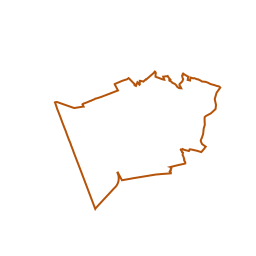 Paulesti, Prahova, Romania (Robinson projection), rotated 34°
{"feature_id": "2599482B85410433594124", "entity_name": "Paulesti", "entity_type": "district", "adm_level": 2, "iso_a3": "ROU", "parent_name": "Romania", "parent_adm1": "Prahova", "projection": "robinson", "projection_center": [25.961, 44.996], "detail": "fine", "context": "isolated", "style": "outline", "palette": "amber", "viewbox_px": 256, "rotation_deg": 34, "n_neighbors": 0, "source": "geoboundaries", "source_scale": "gbopen_adm2", "svg_char_len": 5062}
<svg xmlns="http://www.w3.org/2000/svg" viewBox="0 0 256 256"><g transform="rotate(34 128 128)"><path d="M146.1,213.4L146.1,213.1L146.0,212.9L147.9,200.4L149.4,191.0L150.0,186.9L150.6,183.8L150.7,182.7L150.7,181.9L150.6,180.4L150.5,179.8L150.4,179.4L150.1,178.4L150.0,177.8L149.6,177.0L149.4,176.6L149.0,175.8L148.3,174.7L147.7,173.9L147.4,173.5L146.8,172.9L146.2,172.3L145.4,171.8L144.9,171.4L144.3,171.0L144.5,170.6L145.0,170.9L152.2,174.7L155.9,171.1L157.5,169.6L159.9,167.2L175.1,152.9L175.5,152.5L177.8,150.4L179.5,149.1L180.8,148.0L188.8,141.7L188.7,141.5L188.7,141.3L188.6,141.2L188.3,141.1L188.2,140.8L188.1,140.7L187.9,140.7L187.7,140.6L187.5,140.8L187.4,140.8L187.2,140.8L187.0,140.7L186.9,140.7L186.9,140.4L187.0,140.4L187.1,140.2L186.9,140.0L186.9,139.9L187.0,139.8L187.0,139.6L186.9,139.5L186.8,139.4L186.9,139.2L187.0,139.1L186.9,139.0L186.8,138.9L186.8,138.7L186.7,138.3L186.7,137.9L186.5,137.7L186.4,137.6L186.2,137.5L186.0,137.4L186.0,137.1L186.3,136.7L186.2,136.5L186.0,136.4L185.9,136.4L185.7,136.4L185.0,136.6L187.8,133.5L189.7,131.4L191.4,129.6L193.6,127.3L195.3,125.4L195.1,125.0L194.9,124.7L194.6,124.5L194.4,124.2L193.5,123.9L193.3,123.7L193.0,123.5L192.8,123.5L192.7,123.2L192.2,122.9L192.2,122.7L191.9,122.5L191.7,122.0L191.4,121.8L191.1,121.6L190.8,121.5L190.4,121.1L190.0,120.8L189.2,120.3L188.5,120.0L188.3,119.7L188.1,119.3L187.7,118.4L187.4,118.1L187.3,117.7L187.2,117.7L186.3,117.8L186.1,117.7L185.9,117.5L185.8,117.3L185.6,117.2L185.3,117.1L184.9,116.7L184.6,116.6L184.4,116.6L184.2,116.7L183.9,116.5L183.8,116.4L183.8,116.2L184.0,116.1L184.3,115.9L184.7,115.6L184.8,115.5L184.9,115.4L184.9,114.9L185.2,114.8L185.5,114.8L186.0,114.9L187.8,114.3L189.0,113.9L191.4,113.0L191.3,112.1L191.0,111.3L191.1,111.1L192.8,110.3L193.8,109.9L194.2,109.7L194.9,109.5L197.9,108.3L202.2,107.0L202.6,104.1L202.9,100.0L198.4,99.9L195.9,98.4L195.2,97.5L194.6,94.4L193.6,90.9L191.0,86.0L190.0,82.6L186.5,77.8L185.5,76.1L185.9,74.4L188.5,69.6L190.0,63.4L188.1,59.7L183.7,55.5L181.7,49.1L181.9,42.9L180.4,42.6L179.5,42.9L178.6,43.3L177.8,43.6L177.3,43.7L176.1,44.0L174.7,44.4L173.7,44.8L173.2,45.0L172.1,45.3L171.2,45.5L170.7,45.6L170.1,45.6L169.4,45.6L168.9,45.8L168.5,45.9L167.7,46.0L167.4,46.1L166.9,46.2L166.3,46.5L165.6,46.8L165.3,47.0L164.7,47.3L164.4,47.5L163.5,48.0L163.2,48.1L161.9,48.1L161.3,48.1L160.7,48.3L160.2,48.4L159.4,48.3L159.2,48.3L158.3,48.8L158.2,48.9L157.6,49.1L156.6,49.3L155.3,49.5L155.0,49.7L154.4,50.2L154.3,50.4L154.2,50.4L153.9,50.5L152.2,51.0L151.6,51.2L152.9,53.9L150.6,54.8L149.2,51.7L148.3,51.9L146.1,52.0L144.6,52.1L144.3,52.1L144.0,52.1L143.4,51.9L143.2,52.0L143.2,52.4L143.2,52.5L143.2,52.9L143.3,53.1L143.6,53.5L144.0,53.9L144.0,54.0L143.9,54.4L143.8,54.5L144.2,54.9L144.3,55.1L144.7,55.5L145.2,55.9L145.9,56.4L146.2,56.5L146.4,56.6L146.4,56.8L146.5,57.0L146.8,58.0L146.9,58.3L146.8,59.0L146.9,59.5L146.8,60.1L146.7,60.5L146.5,61.1L146.4,61.9L146.4,62.1L146.2,62.7L146.2,62.8L146.3,63.1L146.5,63.4L146.9,63.9L147.3,64.1L148.2,64.3L148.6,64.5L149.1,64.8L149.9,65.3L149.5,65.5L148.8,66.0L148.7,66.1L148.4,66.2L148.1,66.3L147.8,66.3L147.4,66.4L146.9,66.4L146.1,66.4L145.8,66.3L145.0,66.0L144.6,65.9L144.1,65.6L143.8,65.5L143.0,65.4L142.4,65.3L141.8,65.3L141.6,65.4L141.3,65.4L141.1,65.4L140.2,65.6L139.9,65.7L139.6,65.7L139.3,65.7L138.2,65.4L137.9,65.3L137.6,65.4L137.0,65.5L136.4,65.5L136.0,65.6L135.8,65.6L135.5,65.3L135.3,65.0L135.7,64.6L135.9,64.4L136.0,64.2L132.6,63.2L131.8,62.7L131.5,63.1L131.4,63.2L131.3,63.4L131.1,63.6L130.8,63.8L129.9,64.4L129.6,64.7L129.4,65.0L128.9,65.5L128.5,65.8L131.1,67.7L130.9,67.8L130.3,67.9L130.1,68.0L129.0,68.5L128.5,68.6L126.6,69.0L125.5,69.3L125.2,69.3L124.8,69.4L124.2,69.6L123.9,69.7L123.2,69.9L122.4,70.0L122.2,70.1L121.6,69.3L120.6,67.6L120.3,66.8L119.5,66.5L119.2,66.2L119.0,66.4L118.7,67.5L118.6,67.4L118.6,67.6L118.6,67.8L118.3,68.8L117.9,70.5L116.4,76.0L116.0,77.6L115.6,77.6L114.8,80.9L114.5,80.9L114.1,81.1L113.0,81.6L112.1,81.9L111.4,82.3L111.8,82.9L112.7,84.3L113.2,85.0L113.4,85.3L113.3,85.8L111.6,85.2L110.4,84.7L110.2,84.7L111.1,88.7L110.6,88.8L110.1,88.8L109.4,88.7L109.6,88.1L109.0,87.9L107.1,87.6L101.3,86.4L100.6,86.3L100.0,88.1L96.9,92.0L92.4,99.0L92.7,99.3L97.2,101.7L98.7,102.5L97.3,104.5L97.1,104.7L96.8,105.1L96.6,105.5L87.9,117.9L85.5,120.9L85.4,121.0L85.0,121.4L84.6,121.8L84.4,122.2L83.9,123.3L83.5,123.8L82.7,125.0L82.4,125.5L82.3,125.9L81.8,126.4L81.3,127.0L81.1,127.5L80.4,128.5L79.9,129.3L79.0,130.6L78.3,131.5L78.0,131.9L77.8,132.1L77.8,132.3L77.5,132.7L77.2,133.2L77.0,133.8L79.2,135.1L78.8,135.4L75.9,138.1L72.6,141.2L72.2,141.5L71.9,141.6L71.3,141.8L67.9,142.7L55.6,145.9L54.9,146.1L54.6,146.2L54.3,146.4L53.8,146.8L53.6,147.0L53.1,147.6L54.3,148.4L54.6,148.7L54.8,148.8L55.0,149.0L55.4,149.3L55.7,149.5L56.0,149.8L56.4,150.0L57.1,150.5L57.3,150.8L57.5,150.9L57.7,151.1L58.7,151.8L59.4,152.3L65.2,156.3L70.2,159.9L71.6,160.9L73.2,162.0L74.7,163.1L77.3,164.8L82.5,168.6L85.2,170.5L86.9,171.6L89.3,173.2L90.1,173.9L93.7,176.4L96.6,178.5L102.7,182.8L106.3,185.3L114.7,191.2L146.1,213.4Z" fill="none" stroke="#b45309" stroke-width="2"/></g></svg>